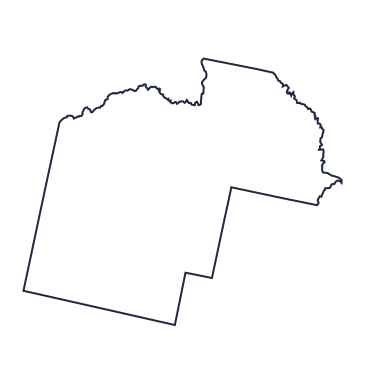 outline of Cacoal, Rondônia, Brazil, rotated 192°
{"feature_id": "56859067B12179645667792", "entity_name": "Cacoal", "entity_type": "district", "adm_level": 2, "iso_a3": "BRA", "parent_name": "Brazil", "parent_adm1": "Rondônia", "projection": "natural_earth1", "projection_center": [-61.428, -11.303], "detail": "fine", "context": "isolated", "style": "outline", "palette": "slate", "viewbox_px": 384, "rotation_deg": 192, "n_neighbors": 0, "source": "geoboundaries", "source_scale": "gbopen_adm2", "svg_char_len": 3229}
<svg xmlns="http://www.w3.org/2000/svg" viewBox="0 0 384 384"><g transform="rotate(192 192 192)"><path d="M336.3,60.3L201.4,58.6L181.1,58.3L181.6,111.7L170.2,111.9L154.6,112.0L154.6,128.4L154.6,168.8L154.5,191.1L154.5,204.8L135.4,204.8L128.7,204.8L122.2,204.8L109.1,204.8L102.8,204.8L67.0,205.1L65.9,207.7L67.5,210.2L66.6,212.6L66.2,214.3L64.5,214.3L64.2,216.7L63.7,218.4L63.2,221.1L62.3,222.0L62.5,223.4L59.2,224.2L58.0,224.7L57.5,226.5L57.2,228.1L56.0,229.2L54.5,229.3L53.7,231.5L53.0,232.5L51.8,233.6L50.6,233.4L48.9,233.1L47.7,232.2L48.1,234.8L49.4,235.5L51.4,236.5L55.1,237.0L58.8,237.1L62.0,238.2L63.6,238.8L67.8,238.3L68.9,239.6L69.5,241.5L69.6,243.0L70.4,244.9L69.8,247.1L68.5,248.6L69.1,249.7L72.0,249.8L70.7,253.9L71.4,255.3L71.6,258.7L72.5,260.9L76.5,259.7L76.0,261.4L76.3,263.5L74.6,265.0L77.0,267.6L77.4,271.4L76.2,272.7L76.3,275.5L76.1,277.6L76.2,280.1L77.9,280.9L78.5,282.2L80.0,281.8L80.0,284.4L81.5,285.4L83.2,285.1L83.8,286.9L84.0,290.3L85.2,290.2L86.5,288.9L87.6,291.2L87.1,292.2L88.5,293.3L88.4,294.8L90.0,295.3L91.8,295.5L92.4,296.7L93.4,297.8L94.5,298.2L95.6,297.3L97.7,299.3L98.8,299.5L99.5,300.6L100.7,301.0L103.4,300.8L105.0,301.8L106.0,301.2L107.6,300.9L108.3,302.4L108.9,303.6L111.5,304.7L111.2,306.9L113.0,308.5L113.6,310.7L114.4,309.5L115.0,306.9L116.8,309.6L118.3,309.4L118.1,308.3L119.2,308.3L120.2,309.6L119.8,311.6L119.0,314.0L122.0,316.4L123.8,315.2L125.2,314.1L125.5,316.6L127.9,317.4L129.1,318.8L130.7,318.8L131.9,320.7L133.6,322.0L134.9,324.1L136.1,324.4L137.2,325.6L154.7,325.7L177.7,325.4L208.4,324.9L209.8,322.4L209.6,320.9L209.2,319.7L206.9,316.5L205.4,313.6L203.7,312.7L202.4,310.3L202.0,308.5L202.1,306.5L203.8,304.2L204.9,301.8L204.8,300.0L203.7,298.7L202.2,296.9L201.9,293.7L201.4,290.6L202.8,290.1L202.8,287.4L202.3,285.7L202.3,283.7L202.0,281.7L201.5,280.0L202.5,278.8L203.6,278.3L204.9,280.1L206.0,281.3L207.2,280.3L207.4,278.9L207.3,277.5L209.0,277.4L210.7,277.4L211.5,278.8L213.8,278.4L215.1,280.1L216.3,280.9L216.9,278.7L217.7,277.7L218.8,278.2L219.9,278.8L221.9,278.2L223.2,277.6L223.9,276.3L224.9,275.1L226.1,276.4L227.3,276.6L228.5,275.1L229.8,274.6L230.9,275.1L232.0,275.4L231.8,277.0L234.0,276.5L234.5,278.3L235.5,277.6L236.7,278.1L238.9,278.8L240.0,279.8L240.5,281.4L242.4,281.2L244.6,282.7L244.6,285.4L245.5,284.7L245.8,286.2L247.0,285.7L248.4,286.2L249.2,287.3L250.9,287.1L252.1,286.4L253.7,286.5L254.7,285.4L256.3,282.9L257.7,284.3L259.4,285.9L259.5,287.4L260.7,287.5L261.8,286.9L262.4,285.7L265.3,284.9L266.2,284.0L266.2,282.4L267.1,281.0L267.8,279.4L269.3,278.7L270.9,279.6L272.5,279.6L274.2,279.7L276.1,277.8L278.2,277.6L279.8,275.6L280.6,274.4L281.5,275.2L283.7,274.4L286.0,272.7L287.1,273.0L288.6,272.1L289.8,272.4L293.0,269.9L294.3,267.5L293.8,265.2L295.9,264.0L296.5,259.4L297.6,257.5L298.7,257.4L299.5,255.4L301.0,255.1L302.3,254.5L303.9,253.2L305.2,251.0L306.2,249.2L307.4,249.1L308.8,251.4L311.1,251.9L312.1,253.0L313.4,252.5L314.8,251.0L315.0,249.6L315.7,247.0L315.1,245.3L315.9,243.4L317.4,243.2L318.1,242.2L319.5,242.2L320.2,241.2L322.9,239.3L324.0,240.9L325.3,241.5L327.8,241.2L329.8,240.5L330.0,239.1L332.8,237.5L334.0,236.0L335.4,234.1L336.1,232.2L336.2,189.4L336.3,170.7L336.3,86.6L336.3,60.3Z" fill="none" stroke="#1e293b" stroke-width="2"/></g></svg>